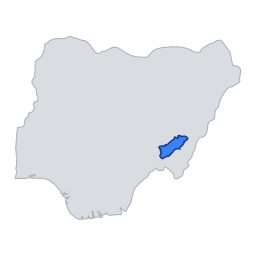 Bali, Taraba, Nigeria (highlighted)
{"feature_id": "59680162B98222207712503", "entity_name": "Bali", "entity_type": "district", "adm_level": 2, "iso_a3": "NGA", "parent_name": "Nigeria", "parent_adm1": "Taraba", "projection": "albers", "projection_center": [10.998, 8.109], "detail": "fine", "context": "in_parent", "style": "filled", "palette": "blue", "viewbox_px": 256, "rotation_deg": 0, "n_neighbors": 0, "source": "geoboundaries", "source_scale": "gbopen_adm2", "svg_char_len": 7330}
<svg xmlns="http://www.w3.org/2000/svg" viewBox="0 0 256 256"><path d="M221.3,40.2L230.0,52.0L231.8,60.9L232.6,65.2L234.0,65.7L236.6,65.9L238.6,66.8L239.8,68.2L240.5,69.6L240.6,70.4L240.1,75.7L239.5,77.6L239.9,80.3L239.8,81.4L239.5,82.2L238.3,83.0L236.7,83.9L232.8,86.5L231.7,86.9L230.1,86.9L228.7,87.6L227.0,89.0L223.4,94.1L220.4,99.2L218.2,107.5L215.5,110.1L215.0,112.4L214.6,117.6L214.2,119.1L213.7,119.6L210.8,120.6L209.1,121.8L208.1,124.1L206.8,132.1L206.4,133.4L205.4,134.8L203.9,136.3L202.6,137.1L199.3,137.7L196.1,143.7L196.0,144.7L194.6,150.1L192.2,154.3L192.0,156.9L188.9,160.5L187.3,163.0L189.0,165.5L189.1,165.9L183.8,170.3L183.4,170.9L183.2,173.9L182.8,174.7L181.8,175.8L180.4,177.1L178.9,178.0L177.3,178.7L175.7,178.9L174.8,178.5L174.3,177.6L173.4,173.9L172.9,173.1L171.9,172.4L167.8,168.4L165.3,167.0L164.8,167.1L164.4,167.5L163.7,169.5L163.0,170.2L161.6,170.5L159.4,170.5L157.7,170.2L157.3,169.8L156.5,168.2L151.4,171.9L149.6,172.7L147.3,177.1L144.1,179.2L141.9,181.1L135.9,187.0L134.7,188.7L133.5,191.3L130.9,202.4L126.8,209.4L126.2,210.9L125.4,211.4L123.8,211.0L123.1,209.7L122.1,209.5L120.4,207.6L120.1,207.9L121.8,212.7L121.2,214.6L116.1,214.6L111.8,215.2L108.8,215.1L107.3,214.4L106.6,212.6L106.4,212.8L106.2,213.8L105.3,214.5L101.9,214.6L100.5,213.4L99.3,212.0L98.0,211.4L98.2,212.0L99.6,213.3L99.4,215.2L96.7,217.4L95.0,217.5L94.0,216.6L93.4,215.0L93.2,212.7L92.5,211.2L92.1,211.2L92.6,213.7L92.5,216.0L93.8,217.9L91.8,218.4L89.5,218.5L89.2,217.8L88.9,216.3L88.5,215.9L88.0,218.4L83.1,219.1L82.4,219.0L82.3,218.5L82.6,217.8L82.6,216.6L81.5,217.5L81.3,219.3L80.7,219.5L78.8,219.3L76.8,218.3L73.6,216.1L69.6,212.4L69.0,210.7L67.9,208.7L65.8,203.1L66.2,202.9L67.1,203.2L67.6,202.7L65.9,202.3L65.6,201.9L65.5,200.6L65.6,199.1L68.1,198.4L68.7,197.5L69.1,196.6L66.0,197.9L63.1,196.3L62.4,195.4L62.8,194.6L66.2,194.6L67.4,193.9L66.6,193.7L65.3,193.7L64.9,193.2L64.9,192.1L64.5,192.3L63.9,193.3L62.0,194.0L60.8,193.3L60.7,191.6L60.5,190.9L59.5,190.3L56.2,185.9L51.9,182.2L48.1,179.6L42.3,178.3L30.2,178.1L29.5,177.8L30.3,177.2L31.3,176.8L35.3,174.9L34.6,174.6L30.5,175.8L29.2,175.9L27.3,178.3L15.4,178.6L15.4,177.5L16.0,174.3L16.8,172.1L16.0,169.4L15.9,166.9L16.4,166.2L16.6,165.3L16.6,159.0L17.2,158.1L17.3,157.5L16.1,154.8L16.2,152.8L16.0,150.8L15.6,149.9L16.2,142.3L16.1,140.4L16.5,139.1L16.8,135.8L16.8,132.6L17.7,127.5L22.8,126.9L24.1,125.0L24.8,122.4L24.7,119.9L26.3,117.8L28.4,115.9L28.3,113.8L28.9,113.1L29.9,112.6L31.2,112.4L32.7,111.4L33.6,109.6L34.5,106.6L33.2,104.5L33.3,104.0L33.8,102.9L34.6,101.9L35.2,101.5L36.7,101.8L37.2,101.4L38.2,98.1L38.1,97.2L36.8,95.0L36.1,89.1L35.8,88.3L34.7,87.2L32.0,83.0L32.0,81.0L33.3,78.5L34.1,77.3L35.2,76.6L35.4,76.1L35.1,75.3L34.6,74.8L34.5,73.7L35.0,72.1L34.9,70.3L35.3,61.4L37.7,59.7L41.0,56.9L42.8,53.9L43.7,51.6L45.0,44.0L46.8,43.2L50.2,40.4L54.7,38.9L57.7,38.4L62.8,38.8L65.5,38.6L67.7,37.1L68.7,36.7L70.2,36.5L83.0,40.6L84.2,40.4L85.2,40.7L86.8,41.8L90.5,45.5L94.5,51.3L95.7,52.5L96.9,53.2L98.2,53.5L99.2,53.4L100.1,52.8L101.3,51.8L103.2,51.3L104.8,51.4L112.9,47.1L113.6,47.0L118.6,48.0L125.3,52.5L130.8,55.4L134.6,56.4L139.2,57.1L146.9,57.3L152.8,51.1L155.0,49.8L157.6,48.6L163.0,47.5L172.0,46.7L180.5,47.0L185.7,48.1L191.2,50.1L193.6,52.0L197.4,52.3L200.1,51.9L201.0,50.0L203.6,47.5L207.7,45.1L211.0,43.5L213.7,42.7L216.1,40.9L218.0,40.3L221.3,40.2ZM102.2,217.1L100.4,217.7L99.2,217.5L100.8,215.0L101.7,215.5L102.7,215.8L102.2,217.1Z" fill="#d9dde1" stroke="#a8b0b8" stroke-width="1"/><path d="M182.8,136.3L182.5,136.4L182.3,136.4L182.2,136.5L181.8,136.6L181.6,136.6L181.2,136.3L180.9,136.2L180.7,136.2L180.7,136.4L180.4,136.2L180.2,136.0L180.2,135.8L180.0,135.7L179.8,135.5L179.3,135.4L178.9,135.5L178.6,135.6L178.0,135.9L177.8,136.4L177.8,136.8L177.6,137.0L177.6,137.5L178.0,137.8L177.8,137.9L177.6,138.0L177.3,138.1L177.2,138.2L176.9,138.2L176.6,138.1L176.1,137.8L175.9,137.8L175.7,137.7L175.4,137.5L175.3,137.4L175.2,137.4L175.0,137.1L174.9,137.0L174.7,137.3L174.6,137.5L174.2,138.1L174.1,138.8L173.9,139.0L173.6,139.3L173.5,139.5L173.4,139.7L173.2,139.8L173.0,140.0L172.8,140.1L172.6,140.2L172.4,140.3L172.1,140.5L171.8,140.6L171.7,140.7L171.5,140.8L171.2,140.9L171.1,141.0L170.9,141.2L170.8,141.5L170.7,141.6L170.4,141.9L170.3,142.0L170.2,142.2L170.0,142.3L169.9,142.4L169.8,142.5L169.5,142.6L169.4,142.7L169.2,142.8L168.9,143.0L168.7,143.2L168.6,143.4L168.6,143.5L168.3,143.8L168.1,143.9L167.9,144.0L167.7,144.2L167.6,144.3L167.4,144.4L167.3,144.5L167.1,144.6L166.8,144.9L166.4,145.0L166.2,145.1L165.7,144.7L165.4,144.7L164.6,146.3L164.0,146.2L162.9,145.8L161.5,146.3L160.4,146.2L160.1,146.3L159.8,146.4L159.0,147.1L159.0,147.7L159.0,147.8L159.4,148.2L159.5,148.3L159.6,148.5L159.9,148.5L160.0,148.6L159.8,148.7L159.9,148.8L159.9,148.7L160.0,148.8L160.1,149.0L160.3,149.1L160.3,149.3L160.6,149.2L160.6,149.3L160.5,149.5L160.7,149.8L160.4,149.8L160.3,150.0L160.3,150.4L160.4,150.6L160.5,150.7L160.6,151.0L160.6,151.4L160.7,151.5L160.7,152.0L160.7,152.3L160.8,152.5L161.0,152.9L161.0,153.1L160.9,153.2L160.9,153.3L161.0,153.4L161.0,153.5L161.0,153.8L160.9,154.0L160.8,154.3L160.8,154.6L160.7,154.7L160.6,154.9L160.3,155.0L160.2,155.1L159.9,155.2L159.8,155.4L159.8,155.5L160.1,156.0L160.3,156.4L160.3,156.6L160.5,156.9L160.6,157.0L160.7,157.3L160.9,157.4L161.0,157.6L161.2,157.9L161.4,158.0L161.5,158.2L161.7,158.4L161.8,158.4L161.9,158.5L162.2,158.6L162.4,158.6L162.5,158.6L163.0,158.4L163.3,158.3L163.5,158.2L164.0,157.8L164.2,157.7L164.3,157.6L164.5,157.4L164.8,157.3L165.0,157.2L165.3,157.0L165.5,156.9L165.9,156.8L166.1,156.7L166.4,156.6L166.5,156.5L166.8,156.4L167.0,156.3L167.2,156.1L167.3,156.1L167.6,156.1L167.8,156.1L168.0,156.2L168.1,156.4L168.3,156.3L168.7,156.0L168.8,156.0L168.9,155.9L169.1,155.7L169.4,155.4L169.5,155.3L169.6,155.2L169.8,155.1L170.1,155.0L170.3,154.9L170.5,154.8L170.6,154.7L170.6,154.4L170.5,154.2L170.5,153.8L170.8,153.5L171.0,153.5L171.4,153.4L171.5,153.3L172.0,153.1L172.2,152.9L172.3,152.7L172.5,152.4L172.7,152.1L172.8,151.9L173.0,151.6L173.3,151.2L173.6,150.9L173.9,150.6L174.1,150.5L174.1,150.4L174.2,150.2L174.5,150.0L174.6,149.9L174.7,149.7L174.9,149.6L175.0,149.5L175.1,149.4L175.3,149.3L175.4,149.2L175.6,149.2L175.8,149.1L176.0,149.0L176.4,148.9L176.5,148.9L176.8,148.9L177.0,148.8L177.3,148.8L177.6,148.8L177.8,148.8L178.1,148.8L178.4,148.8L178.5,148.7L179.0,148.7L179.3,148.5L179.5,148.6L179.4,148.4L179.4,148.2L179.5,148.1L179.6,147.8L179.8,147.7L180.0,147.5L180.0,147.4L180.3,147.1L180.5,147.0L180.7,146.8L180.8,146.7L181.0,146.6L181.2,146.3L181.4,146.2L181.5,146.1L181.6,145.9L181.8,145.8L182.0,145.7L182.3,145.4L182.4,145.2L182.5,145.1L182.8,144.8L182.9,144.6L183.1,144.4L183.2,144.1L183.4,143.9L183.5,143.6L183.6,143.4L183.7,143.2L183.8,143.0L183.9,142.7L184.0,142.6L184.1,142.3L184.4,142.0L184.5,142.0L184.5,141.9L184.7,141.7L184.3,141.4L184.7,141.2L184.8,141.2L184.9,140.9L185.0,140.8L185.0,140.6L185.3,140.5L185.4,140.4L185.6,140.2L185.8,140.2L186.0,140.1L186.3,140.2L186.6,140.1L186.7,139.9L186.8,139.9L187.1,139.6L187.2,139.4L187.5,139.2L187.7,138.9L187.8,138.6L187.7,138.4L187.7,138.1L187.2,137.7L187.1,137.3L186.9,137.2L186.7,137.2L186.4,137.1L186.2,137.0L186.1,136.9L185.9,136.8L185.7,136.6L185.0,136.3L184.8,136.2L184.6,136.2L184.4,136.2L184.2,136.1L183.9,136.2L183.7,136.2L183.5,136.3L183.4,136.3L183.2,136.3L182.9,136.3L182.8,136.3Z" fill="#3b82f6" stroke="#1e3a8a" stroke-width="1.5"/></svg>